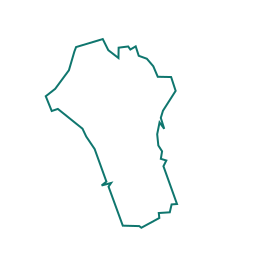 the district of Marshall, Tennessee, United States of America, rotated 154°
{"feature_id": "52423323B88025454001467", "entity_name": "Marshall", "entity_type": "district", "adm_level": 2, "iso_a3": "USA", "parent_name": "United States of America", "parent_adm1": "Tennessee", "projection": "natural_earth1", "projection_center": [-86.784, 35.481], "detail": "fine", "context": "isolated", "style": "outline", "palette": "teal", "viewbox_px": 256, "rotation_deg": 154, "n_neighbors": 0, "source": "geoboundaries", "source_scale": "gbopen_adm2", "svg_char_len": 687}
<svg xmlns="http://www.w3.org/2000/svg" viewBox="0 0 256 256"><g transform="rotate(154 128 128)"><path d="M127.4,33.9L122.3,40.2L117.3,38.2L112.9,78.1L107.8,82.0L112.0,85.9L107.6,92.1L108.4,99.0L104.5,109.6L97.2,119.2L95.8,111.4L94.1,122.7L89.0,128.2L68.9,140.5L66.9,154.9L78.8,161.0L78.2,172.4L80.7,182.0L86.7,188.2L85.3,198.0L91.5,197.5L92.1,201.2L101.2,204.3L105.9,195.1L111.6,206.6L111.7,219.0L139.2,223.5L142.7,220.2L155.8,205.8L176.3,195.1L188.0,192.6L189.1,176.7L182.7,175.9L169.2,147.3L169.3,138.6L167.2,123.7L170.9,89.3L176.9,87.9L167.3,86.0L171.2,83.8L175.5,42.5L160.9,34.9L159.7,32.5L139.3,33.4L137.6,38.1L127.4,33.9Z" fill="none" stroke="#0f766e" stroke-width="2"/></g></svg>